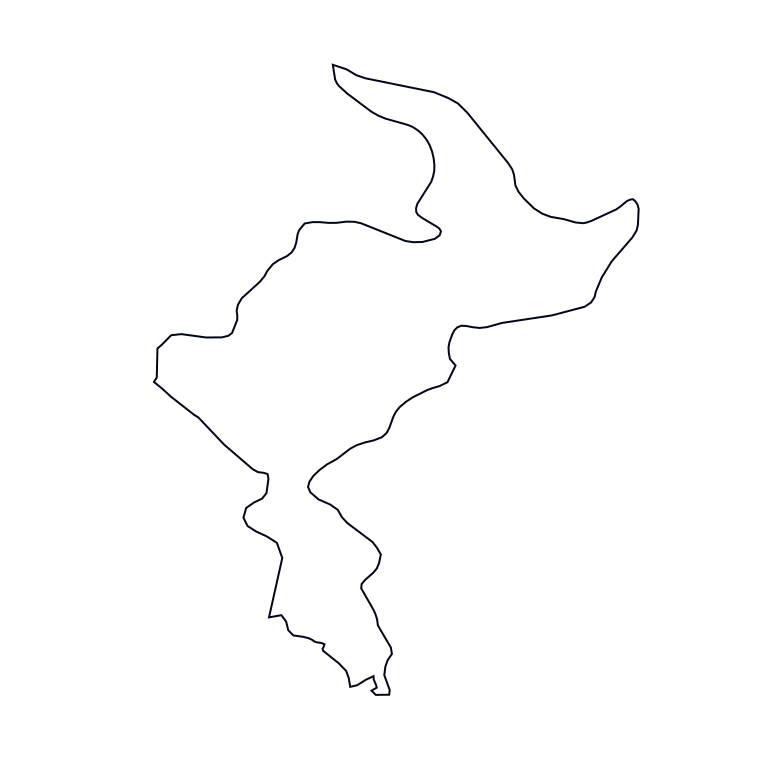 outline of Leribe, rotated 278°
{"feature_id": "LSO-1212", "entity_name": "Leribe", "entity_type": "District", "adm_level": 1, "iso_a3": "LSO", "parent_name": "Lesotho", "parent_adm1": "", "projection": "equal_earth", "projection_center": [28.234, -29.023], "detail": "fine", "context": "isolated", "style": "outline", "palette": "ink", "viewbox_px": 768, "rotation_deg": 278, "n_neighbors": 0, "source": "natural_earth", "source_scale": "10m", "svg_char_len": 2744}
<svg xmlns="http://www.w3.org/2000/svg" viewBox="0 0 768 768"><g transform="rotate(278 384 384)"><path d="M358.8,158.1L387.6,154.7L391.7,158.3L402.7,166.5L405.2,176.5L405.3,201.3L407.6,216.9L410.1,223.2L413.3,226.4L426.8,229.7L431.1,229.3L435.7,227.9L442.0,228.3L449.1,231.2L467.9,246.8L474.0,250.6L479.7,252.7L487.3,257.3L492.2,262.8L497.3,270.3L501.5,274.2L506.1,276.4L511.7,277.4L520.5,277.6L524.8,278.7L531.9,283.1L534.4,290.8L535.4,298.3L535.8,306.6L537.0,314.6L539.6,324.4L540.5,332.1L540.0,338.9L528.6,385.2L528.5,393.4L530.0,402.3L534.8,414.1L539.0,418.4L543.2,419.2L545.7,417.1L547.3,414.0L554.0,398.1L556.2,394.2L558.8,392.0L562.6,391.3L567.0,391.9L590.7,402.6L596.2,403.7L602.3,404.1L608.0,403.4L614.6,401.7L621.0,399.2L627.0,395.9L631.8,392.2L636.3,387.5L639.7,382.6L642.4,377.0L643.9,371.3L647.0,348.5L649.0,340.9L651.9,333.6L666.3,307.5L672.6,298.2L675.3,295.4L678.8,293.2L693.0,288.9L690.4,303.1L685.9,313.7L684.1,323.5L679.9,393.0L676.1,407.8L672.1,418.2L664.2,428.8L620.0,476.2L614.4,481.1L609.3,483.6L598.9,486.5L593.0,490.5L587.0,496.9L578.8,508.0L574.7,517.0L572.7,525.9L572.3,539.0L570.6,551.5L571.0,559.1L571.9,561.7L574.2,566.4L589.2,589.7L592.9,593.6L598.9,599.0L601.0,602.4L601.6,604.9L599.9,607.5L596.9,610.1L592.9,611.8L577.1,613.3L571.2,612.8L563.6,609.5L537.3,592.5L519.8,584.8L504.9,580.9L499.6,580.5L493.7,577.8L488.5,572.1L475.3,540.7L460.9,492.4L454.6,477.9L452.8,470.8L452.6,463.8L452.9,457.5L452.5,452.5L450.3,448.7L446.9,446.2L443.0,444.8L434.5,443.0L429.3,442.8L424.0,443.8L418.0,445.8L412.3,452.3L394.6,446.6L389.5,439.0L387.0,433.3L384.0,427.6L374.8,414.3L369.4,408.2L363.3,402.7L358.0,399.6L352.8,397.8L341.4,395.4L335.8,393.4L331.0,389.3L326.7,381.6L323.4,373.1L319.7,365.6L315.2,359.5L303.1,347.6L296.4,338.7L289.7,332.0L283.1,326.8L277.0,323.8L271.6,323.1L266.6,326.0L260.6,335.2L257.2,347.4L252.9,355.8L246.1,361.0L241.1,367.2L226.0,394.5L221.1,399.6L214.7,404.6L205.7,404.0L200.2,402.5L195.6,399.6L187.3,392.5L182.8,389.7L178.4,389.9L158.7,405.2L154.8,407.6L150.2,409.8L144.0,411.6L123.9,427.5L117.8,429.4L111.1,426.1L104.5,424.7L95.7,424.8L81.6,432.3L77.0,432.3L75.0,419.1L78.6,414.3L82.3,419.1L84.9,418.0L89.8,415.0L93.2,414.3L88.6,407.2L81.9,399.2L79.4,392.7L87.9,390.0L94.5,386.5L101.0,378.3L111.3,360.9L113.3,360.0L115.8,361.0L118.0,361.2L118.8,358.3L118.9,353.0L119.4,350.8L120.6,348.6L121.8,344.7L122.4,339.0L122.4,329.2L126.8,323.5L135.2,320.1L140.8,314.6L136.9,302.6L197.6,307.5L211.8,300.0L216.7,289.3L220.1,278.0L224.4,268.6L232.1,263.4L242.1,264.8L248.5,271.7L253.5,279.2L259.5,282.8L273.9,282.8L278.7,281.2L279.3,277.0L279.2,271.5L281.4,265.8L301.6,234.3L325.2,204.6L326.9,200.5L341.6,175.1L348.7,164.7L354.0,155.9L358.8,158.1Z" fill="none" stroke="#020617" stroke-width="2"/></g></svg>